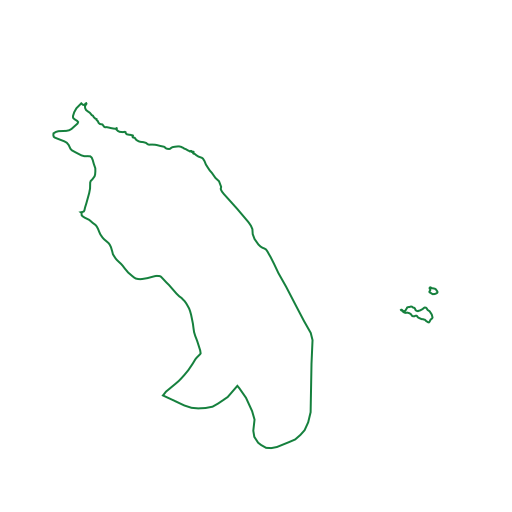 Ngoc Hien, Cà Mau, Vietnam (Natural Earth projection), rotated 256°
{"feature_id": "81297802B22159011638398", "entity_name": "Ngoc Hien", "entity_type": "district", "adm_level": 2, "iso_a3": "VNM", "parent_name": "Vietnam", "parent_adm1": "Cà Mau", "projection": "natural_earth1", "projection_center": [104.982, 8.603], "detail": "fine", "context": "isolated", "style": "outline", "palette": "green", "viewbox_px": 512, "rotation_deg": 256, "n_neighbors": 0, "source": "geoboundaries", "source_scale": "gbopen_adm2", "svg_char_len": 5692}
<svg xmlns="http://www.w3.org/2000/svg" viewBox="0 0 512 512"><g transform="rotate(256 256 256)"><path d="M143.2,132.0L128.3,150.3L124.3,156.7L122.1,163.1L120.7,170.3L120.3,177.4L122.0,183.5L126.0,194.4L134.5,206.5L131.8,207.8L120.8,212.0L106.4,214.7L97.6,215.0L87.1,211.1L80.9,210.6L74.3,212.9L71.4,215.2L67.4,219.4L65.9,224.4L65.6,230.1L67.4,242.8L68.5,249.6L71.6,255.7L75.2,261.0L82.0,266.4L91.2,271.2L138.1,283.8L160.7,290.5L168.1,290.5L181.4,286.8L197.9,282.8L218.8,277.8L234.0,273.6L244.0,271.6L251.5,269.9L254.6,269.0L257.6,268.2L259.9,267.3L261.2,266.0L262.5,264.2L264.2,262.6L266.6,261.1L272.8,258.7L278.0,258.1L282.9,259.0L286.5,258.4L289.3,257.4L291.2,256.6L306.2,249.2L323.9,239.8L326.6,238.6L328.5,238.1L329.7,238.0L330.5,238.5L331.6,238.9L337.5,238.2L339.3,237.0L341.6,235.5L347.3,233.3L350.2,231.8L353.6,230.6L356.9,229.5L360.5,229.0L363.3,228.1L364.4,227.2L366.4,224.2L368.3,222.4L369.8,221.3L370.4,220.2L370.8,219.9L371.3,220.0L371.4,220.4L371.8,220.6L372.2,220.6L372.4,220.3L372.4,220.1L372.2,219.9L372.2,219.3L372.6,218.7L373.1,218.6L373.5,218.7L373.7,218.3L373.7,218.0L373.4,217.7L373.4,217.2L373.8,216.9L375.0,215.4L376.6,213.8L377.4,212.6L377.9,212.0L378.4,211.7L378.8,211.2L379.2,210.6L379.8,210.1L380.2,209.4L380.9,208.0L381.2,206.9L381.5,204.8L381.7,203.0L381.8,201.2L381.4,199.8L380.9,198.8L380.8,198.0L381.1,196.8L381.6,195.6L382.5,194.4L383.8,193.7L384.3,193.1L385.9,189.8L387.6,186.7L388.4,184.9L389.1,182.6L389.6,180.7L389.8,179.4L390.2,178.6L390.7,177.9L392.3,176.7L392.8,175.9L393.8,174.1L394.6,171.8L395.4,170.3L395.8,169.8L396.7,168.8L397.7,167.9L398.4,167.5L399.0,167.4L399.6,167.1L400.1,166.8L400.4,166.0L400.8,165.3L401.1,165.1L401.6,165.1L402.0,165.3L402.4,165.7L402.7,165.7L402.9,165.5L403.0,165.1L403.4,164.3L403.8,163.8L404.0,163.2L404.3,162.3L405.3,160.2L405.9,159.7L406.9,159.3L407.7,159.4L408.2,158.8L408.4,156.8L409.5,153.7L410.7,152.3L412.4,151.2L413.2,151.6L413.6,151.8L413.8,151.6L413.6,151.1L413.5,150.4L413.9,149.1L415.2,146.2L416.1,144.5L417.2,142.2L417.4,140.8L418.0,140.0L419.1,139.5L420.8,138.8L421.3,137.6L421.9,136.4L423.2,135.5L425.3,135.1L426.0,134.5L426.7,134.2L427.4,134.4L428.2,133.3L429.9,132.2L431.6,131.7L432.4,130.7L433.8,130.1L435.2,129.4L437.1,127.7L438.8,126.4L440.8,126.0L442.4,126.2L443.6,127.1L444.7,128.3L445.3,128.2L445.2,127.6L444.5,126.6L444.2,125.5L444.7,124.5L446.4,123.4L442.8,117.5L439.5,114.4L436.1,112.3L434.9,112.0L433.9,112.1L432.4,113.2L430.3,115.2L429.0,115.8L427.7,114.9L423.9,107.7L423.2,105.1L423.3,102.2L424.9,94.5L424.8,91.9L424.0,89.2L422.3,88.6L420.6,88.6L419.6,89.4L418.2,91.3L413.6,97.8L411.7,99.8L409.0,101.1L404.9,101.9L403.1,102.9L400.4,105.8L395.9,110.9L394.4,113.5L393.6,116.8L392.8,119.3L391.2,120.4L388.5,120.8L384.6,120.9L380.0,121.3L377.0,120.6L374.0,119.6L372.3,118.6L370.0,115.8L368.8,113.8L367.4,112.9L361.6,111.3L357.3,109.3L348.1,104.1L344.3,101.8L341.9,100.6L340.9,99.7L340.7,98.3L340.8,96.6L340.3,97.0L339.7,97.1L337.8,96.7L337.0,97.0L336.1,97.7L334.7,99.0L331.5,102.8L329.9,104.0L327.7,105.5L325.3,107.5L324.2,108.2L322.5,108.8L320.4,109.3L317.4,109.7L314.6,110.2L311.9,111.2L310.7,111.7L308.9,112.7L305.7,115.0L304.1,116.1L302.4,116.8L299.7,117.4L295.3,117.6L292.3,117.6L290.1,118.3L287.5,119.2L285.7,120.1L283.5,121.5L280.9,123.2L278.8,124.3L275.5,125.7L270.8,128.0L269.0,129.3L266.6,131.0L264.5,132.6L263.7,133.4L263.0,134.2L263.0,134.4L262.2,136.0L261.5,138.1L261.2,140.2L260.8,145.3L260.9,151.3L260.9,153.1L260.8,154.5L260.3,156.2L259.8,157.7L259.0,158.7L257.3,159.7L251.9,162.7L249.0,164.5L238.8,169.7L235.4,171.8L233.3,173.6L231.3,174.7L229.5,175.8L227.0,176.8L224.6,177.5L221.2,178.4L218.4,178.7L214.6,178.8L209.7,178.6L205.5,178.4L201.2,177.9L197.1,177.5L193.1,177.7L190.1,178.1L187.3,178.4L182.7,178.7L177.9,179.0L175.7,178.8L174.9,178.7L174.3,178.1L173.2,176.3L172.0,174.3L170.9,172.7L170.0,171.7L169.1,170.8L167.0,168.7L161.5,162.6L159.3,159.6L157.9,157.7L155.4,154.0L153.3,150.6L152.2,148.4L151.4,146.8L146.2,135.9L143.2,132.0ZM156.3,412.4L157.9,412.0L158.8,411.6L159.8,411.3L160.5,411.0L161.2,410.3L162.1,409.5L163.0,409.2L164.0,408.9L164.7,408.4L165.0,407.8L165.2,407.2L165.1,406.7L164.7,405.8L164.2,404.8L163.9,403.7L163.4,401.6L163.5,401.1L163.5,400.6L163.3,400.0L163.4,399.5L164.1,398.4L164.8,397.8L165.3,397.7L166.5,397.5L167.2,397.2L167.5,396.9L167.8,396.2L168.1,395.8L168.7,395.4L169.2,394.9L169.4,394.3L169.5,393.6L169.4,392.9L169.4,392.3L169.6,391.5L169.5,390.5L169.4,390.1L168.9,389.8L168.4,389.3L167.9,388.7L167.1,388.0L166.7,387.4L166.6,386.4L166.9,385.7L167.1,385.3L167.8,385.0L168.5,384.5L168.7,384.2L168.7,383.8L168.6,383.6L168.3,383.7L167.8,384.1L167.6,384.5L167.2,384.9L166.7,385.2L166.0,385.4L165.6,385.9L164.9,386.8L164.6,387.5L164.5,388.7L164.3,389.5L163.9,390.0L163.3,391.1L161.9,392.3L160.8,392.7L160.1,393.0L159.8,393.3L159.2,394.8L159.2,395.2L159.4,395.9L159.4,396.4L159.3,397.1L159.0,397.5L158.6,397.8L157.9,398.0L157.3,398.3L156.5,399.1L154.7,401.4L154.6,401.8L154.1,403.1L153.8,403.4L153.6,403.8L153.4,404.3L152.8,404.8L151.8,405.3L151.1,406.0L150.3,406.7L150.0,407.1L149.8,407.5L149.8,407.9L150.3,408.5L151.3,409.4L152.1,410.1L152.7,411.5L153.2,412.1L153.7,412.4L154.2,412.4L156.3,412.4ZM180.9,416.9L180.7,416.8L180.5,416.7L179.6,415.7L179.4,415.6L179.1,415.6L178.9,415.6L178.6,415.8L178.1,416.4L177.0,417.4L176.6,417.8L176.3,418.2L176.2,418.4L176.1,418.5L176.1,419.3L176.0,419.8L175.9,419.9L175.9,420.6L176.0,421.4L176.3,422.6L176.6,423.1L176.9,423.3L177.4,423.4L177.9,423.3L180.2,422.4L180.6,422.0L181.0,421.6L181.6,420.4L182.2,418.9L182.5,418.6L182.9,418.2L183.2,417.9L183.4,417.6L183.4,417.2L183.0,416.7L182.6,416.6L182.3,416.6L181.9,416.9L181.6,416.9L181.3,417.0L180.9,416.9Z" fill="none" stroke="#15803d" stroke-width="2"/></g></svg>